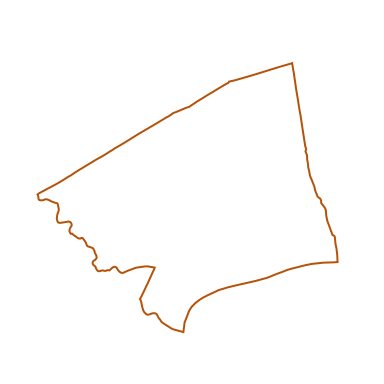 outline of Thi xa Hong Ngu, Ðong Tháp, Vietnam, rotated 277°
{"feature_id": "81297802B45020933584847", "entity_name": "Thi xa Hong Ngu", "entity_type": "district", "adm_level": 2, "iso_a3": "VNM", "parent_name": "Vietnam", "parent_adm1": "Ðong Tháp", "projection": "mercator", "projection_center": [105.358, 10.825], "detail": "fine", "context": "isolated", "style": "outline", "palette": "amber", "viewbox_px": 384, "rotation_deg": 277, "n_neighbors": 0, "source": "geoboundaries", "source_scale": "gbopen_adm2", "svg_char_len": 4242}
<svg xmlns="http://www.w3.org/2000/svg" viewBox="0 0 384 384"><g transform="rotate(277 192 192)"><path d="M140.2,345.0L147.3,343.8L153.5,342.3L158.2,340.7L164.9,339.2L165.9,338.4L166.2,337.5L166.3,336.8L179.9,329.8L185.0,328.1L190.2,327.1L192.9,325.5L195.9,322.4L196.7,321.6L198.1,321.4L199.5,321.1L201.0,320.1L202.2,318.0L202.8,317.2L205.0,316.0L208.4,314.1L212.5,312.7L217.8,309.8L222.4,307.2L226.5,305.9L231.2,304.2L233.5,303.8L236.4,303.0L238.2,302.3L240.4,302.1L242.6,301.6L245.2,300.2L246.0,299.7L248.7,300.1L251.0,298.9L264.7,295.0L280.8,290.5L289.9,287.7L296.1,286.0L306.9,282.8L321.6,278.8L331.9,275.7L332.1,275.7L331.0,273.3L326.0,261.6L320.7,249.9L317.5,242.8L314.5,236.0L311.5,229.0L308.1,221.0L306.1,215.4L304.7,214.7L303.0,212.1L298.3,206.1L290.1,195.6L284.3,188.4L282.5,186.1L278.2,181.1L276.2,178.9L274.6,175.4L271.6,170.3L269.3,166.2L268.0,163.6L266.2,161.8L264.4,159.7L263.0,157.6L259.6,153.3L256.3,149.1L243.0,131.7L239.5,127.4L232.5,118.7L232.2,118.3L225.9,110.1L223.1,106.8L222.4,105.8L218.9,101.6L215.6,97.3L212.5,93.0L209.2,88.8L208.1,87.4L205.8,84.5L202.5,80.3L199.2,76.1L195.7,71.9L193.5,69.5L192.3,67.7L188.8,63.4L185.3,59.0L182.2,54.8L179.3,50.6L176.4,46.4L172.1,40.4L171.6,39.8L171.0,39.3L170.6,39.0L170.3,39.3L169.7,39.6L168.8,40.0L167.3,40.3L166.3,40.6L165.5,41.3L165.3,42.4L165.3,43.3L165.7,45.1L166.1,45.9L166.6,46.8L166.9,47.4L167.0,47.7L167.0,48.8L166.9,49.5L166.7,50.4L166.3,51.7L165.8,53.0L165.5,53.6L165.3,54.8L165.0,55.8L164.6,57.8L164.5,59.0L164.3,59.5L164.1,59.9L163.9,60.1L163.4,60.3L162.2,60.7L160.8,61.2L159.1,61.8L158.2,61.9L157.4,61.9L156.5,61.8L156.0,61.7L154.4,61.3L153.2,61.1L149.2,61.0L146.4,62.1L145.5,62.8L145.2,64.3L145.6,66.1L146.1,67.9L147.1,71.4L147.4,72.0L147.6,72.6L147.6,73.2L147.5,74.2L147.3,74.9L146.6,75.7L146.0,76.1L145.4,76.4L144.5,76.6L144.0,76.6L143.6,76.5L143.0,76.2L142.4,75.9L141.6,75.5L140.7,75.2L139.9,75.1L138.9,75.1L138.1,75.2L137.2,75.7L136.5,76.1L136.1,76.6L135.7,76.9L136.1,77.8L136.1,78.0L134.8,79.8L133.9,81.6L133.4,82.5L132.8,83.5L132.1,85.2L132.1,86.6L132.7,87.5L133.0,88.2L132.9,88.9L132.0,90.0L130.4,91.5L128.8,92.9L127.8,93.3L126.1,94.2L125.3,95.3L125.2,96.0L125.1,96.7L124.9,97.4L124.8,98.0L124.6,98.9L124.5,99.4L124.3,99.9L124.1,100.5L123.9,100.9L123.7,101.0L123.3,101.2L122.6,101.6L121.9,102.1L121.5,102.5L121.0,102.6L120.1,102.8L119.0,103.5L118.6,103.9L117.9,104.4L116.9,104.9L116.2,105.1L115.7,105.3L115.2,105.4L113.9,104.9L113.4,104.6L113.0,104.3L112.6,103.8L111.9,102.9L111.1,102.3L110.3,102.0L109.5,102.0L108.6,102.2L107.8,102.8L107.2,103.6L106.5,104.8L106.0,105.3L105.5,105.6L104.5,106.0L103.8,106.5L102.7,107.5L102.1,108.3L102.0,109.5L102.3,110.4L102.8,111.3L102.9,111.6L103.1,112.2L103.3,112.8L103.2,113.5L103.1,114.8L103.2,115.9L103.6,116.7L104.1,117.8L104.2,118.3L104.1,119.6L104.6,120.0L106.2,121.3L107.7,122.8L108.1,123.5L108.3,124.3L108.3,124.9L108.2,125.5L107.7,126.4L105.8,127.8L104.1,129.6L103.3,131.2L103.2,132.7L103.5,133.7L105.7,137.3L108.4,142.5L109.7,144.9L110.5,147.2L111.1,149.7L111.5,151.0L112.2,153.6L112.5,155.0L112.7,156.4L112.8,157.0L112.7,159.1L112.4,164.2L111.4,164.0L111.0,163.9L110.0,163.6L108.5,163.1L107.3,162.7L101.6,160.9L96.3,159.3L95.2,158.9L90.5,157.3L86.2,155.9L85.1,155.5L83.2,154.9L80.1,153.7L79.4,153.4L78.9,153.9L78.3,154.2L77.6,154.5L76.9,154.9L76.1,155.2L74.5,155.7L73.3,156.1L72.4,156.4L71.1,156.9L70.3,157.3L69.5,157.6L68.5,158.1L67.9,158.5L67.3,158.9L66.7,159.5L66.4,159.9L65.9,160.6L65.3,161.3L65.0,161.6L64.9,162.1L64.9,162.6L64.9,163.3L65.0,163.8L65.4,164.8L65.7,165.5L66.3,166.6L66.6,167.0L66.8,167.8L67.0,168.4L67.0,168.9L67.1,169.4L67.1,170.1L67.0,170.5L66.8,171.2L66.5,171.6L66.1,172.1L65.2,172.7L64.7,173.1L63.5,173.8L63.1,174.1L62.7,174.5L62.2,174.9L62.1,175.2L61.4,175.9L60.3,176.8L59.4,177.5L58.4,179.2L57.6,180.8L56.4,183.3L55.5,185.2L54.3,187.6L53.5,189.8L53.4,190.2L51.9,200.5L52.5,200.5L54.9,200.5L57.6,200.6L61.3,200.5L67.9,202.2L73.7,203.6L75.1,204.3L77.9,205.6L82.3,209.0L85.5,212.2L88.7,216.1L91.7,220.6L96.7,228.6L97.9,230.4L101.0,237.6L101.5,238.6L104.4,246.3L111.6,266.3L116.1,277.3L120.2,284.6L122.0,288.0L123.5,291.0L126.4,296.3L128.5,301.4L133.0,313.0L135.2,319.6L137.8,330.7L138.1,332.3L138.6,335.7L139.5,341.5L140.2,345.0Z" fill="none" stroke="#b45309" stroke-width="2"/></g></svg>